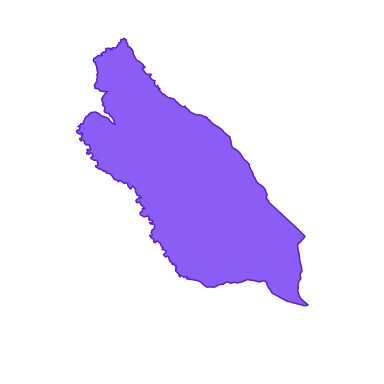 outline of Campo Alegre de Goiás, Goiás, Brazil, rotated 131°
{"feature_id": "56859067B15808478056218", "entity_name": "Campo Alegre de Goiás", "entity_type": "district", "adm_level": 2, "iso_a3": "BRA", "parent_name": "Brazil", "parent_adm1": "Goiás", "projection": "equal_earth", "projection_center": [-47.758, -17.534], "detail": "fine", "context": "isolated", "style": "filled", "palette": "violet", "viewbox_px": 384, "rotation_deg": 131, "n_neighbors": 0, "source": "geoboundaries", "source_scale": "gbopen_adm2", "svg_char_len": 6072}
<svg xmlns="http://www.w3.org/2000/svg" viewBox="0 0 384 384"><g transform="rotate(131 192 192)"><path d="M260.9,139.3L259.8,136.9L257.6,133.9L255.3,129.7L254.2,126.6L254.5,123.7L254.3,119.7L253.7,117.9L252.2,116.6L251.1,115.3L250.2,113.9L248.8,112.5L246.6,111.5L244.1,110.8L242.3,109.0L240.9,107.7L240.0,107.7L238.4,107.5L237.3,106.7L236.4,105.7L235.4,102.9L234.1,102.0L232.9,101.5L232.1,100.1L231.5,99.4L230.9,98.1L226.6,95.0L224.6,94.3L223.2,93.4L221.8,92.8L220.9,91.5L220.3,90.3L217.9,86.8L216.7,84.0L215.1,81.5L213.2,81.1L211.4,78.4L211.3,76.3L212.7,74.7L213.7,72.3L214.2,71.0L214.7,68.1L215.3,66.6L215.7,65.0L211.9,48.0L210.7,46.5L210.0,44.3L207.9,40.4L205.4,35.2L204.1,32.6L202.5,31.0L201.1,30.5L201.2,35.6L201.1,39.7L200.7,41.4L199.0,44.7L198.2,46.0L197.1,47.5L193.8,49.5L192.4,51.2L190.9,51.8L189.9,52.7L187.7,52.8L186.0,53.1L185.2,53.9L183.8,55.8L182.5,56.8L179.7,56.9L176.6,60.5L174.7,63.4L173.9,64.4L173.2,65.4L172.3,66.3L171.6,67.3L170.2,68.6L167.5,71.9L166.9,72.9L165.6,74.3L164.7,75.6L162.7,77.6L161.7,77.8L160.6,77.7L158.6,77.5L152.9,77.4L151.3,77.8L150.5,90.5L150.4,93.0L149.4,126.8L148.5,128.7L147.8,131.9L146.5,132.6L145.7,133.3L144.5,133.8L143.7,136.1L142.5,137.7L141.9,139.4L141.4,141.3L141.6,144.4L142.0,146.4L142.0,147.9L141.8,149.9L141.0,152.0L140.0,153.8L139.9,155.3L139.5,156.4L138.7,157.2L137.5,159.2L136.8,161.1L136.5,162.8L135.8,163.7L135.3,164.9L134.6,166.2L133.5,166.6L133.1,170.8L133.1,172.6L133.4,173.8L132.2,178.1L131.3,181.0L130.9,182.3L131.1,183.5L131.0,186.5L131.7,188.9L131.9,191.0L129.6,194.4L128.7,195.3L127.9,196.1L127.2,197.9L126.1,198.7L125.5,199.9L125.7,201.3L126.0,203.3L125.9,206.0L126.0,207.4L125.6,208.6L125.3,210.5L125.5,211.8L125.6,214.8L126.1,216.4L126.4,218.5L126.9,219.7L126.5,221.6L126.8,222.9L126.7,224.2L126.2,225.9L126.7,227.0L126.2,228.6L126.1,230.0L126.6,231.9L127.4,232.8L127.9,235.4L128.8,237.0L130.9,239.3L131.5,241.1L132.1,242.9L132.3,244.6L132.9,246.0L132.5,247.4L132.3,248.7L132.2,250.1L132.5,252.1L131.8,253.4L132.9,254.0L133.9,255.2L134.4,259.7L133.8,261.7L134.2,263.5L133.6,266.4L134.4,268.1L135.0,269.8L136.4,271.8L136.6,273.9L136.6,275.5L136.6,277.6L137.6,278.9L136.9,280.6L136.7,282.6L136.4,284.7L135.3,283.9L135.1,286.5L134.2,287.7L135.5,287.8L135.8,289.6L135.4,290.8L134.4,291.7L133.4,292.3L132.3,293.2L133.4,294.8L133.3,296.3L133.2,298.4L132.1,299.7L130.1,299.9L130.6,301.1L131.9,302.2L132.8,303.2L132.9,304.7L132.5,306.3L131.9,308.1L131.9,310.0L130.9,310.3L129.6,309.4L128.4,309.6L129.0,310.9L128.0,312.3L128.0,314.9L128.0,317.8L128.8,319.1L128.7,321.2L127.9,322.8L127.3,325.1L126.1,327.0L124.7,328.5L123.6,331.5L123.5,333.7L123.9,336.2L122.8,337.1L122.2,338.2L122.0,339.8L120.4,341.2L120.2,342.5L120.7,344.2L122.1,344.1L123.5,345.7L124.3,345.0L125.4,344.5L126.4,344.2L127.2,345.0L128.2,344.5L129.9,344.5L131.9,343.9L133.4,344.0L134.2,345.3L135.2,346.5L136.7,347.0L136.9,345.7L138.0,346.7L137.5,348.2L138.3,349.3L139.7,350.7L140.9,351.0L141.6,349.7L142.5,349.3L143.6,349.7L144.8,350.9L146.5,351.0L147.7,351.1L147.9,349.7L149.4,350.4L150.1,351.9L151.2,352.5L152.4,352.7L153.8,352.8L155.4,353.5L156.6,353.4L158.1,351.9L157.8,350.0L159.0,348.1L159.8,346.2L160.7,345.5L161.6,344.3L162.5,343.3L163.7,341.4L164.7,340.8L165.8,340.9L166.6,339.8L167.5,338.6L169.1,338.0L170.4,336.7L171.3,336.4L172.4,336.2L173.4,336.2L174.7,335.8L176.0,335.3L176.4,334.0L177.3,333.5L176.9,332.3L175.7,330.9L175.7,329.6L176.1,327.8L174.8,325.4L173.1,323.5L171.9,321.9L173.8,322.1L175.5,322.1L178.8,321.5L180.8,321.4L183.2,318.0L183.1,316.8L185.0,316.7L185.0,313.3L186.0,312.7L188.2,311.6L188.9,310.7L188.8,309.5L187.9,307.3L187.3,306.3L188.2,303.8L188.1,301.8L188.7,299.2L189.3,297.9L191.5,294.8L192.1,296.1L192.3,299.0L192.2,300.2L191.7,302.0L191.5,303.5L192.1,306.0L192.7,307.0L194.0,310.9L193.9,312.3L194.2,314.9L194.6,316.5L195.1,317.5L198.3,320.3L199.6,320.3L200.9,320.8L202.6,320.6L204.5,321.3L206.3,321.1L207.3,320.8L208.7,320.3L210.9,319.8L211.8,319.3L213.1,319.6L213.6,320.7L214.5,320.3L216.3,320.7L217.3,320.8L216.4,318.8L218.1,318.4L219.7,317.7L220.4,319.1L221.8,319.1L222.6,317.8L222.3,315.5L221.3,314.1L220.1,314.6L219.6,313.6L220.1,312.2L221.7,312.7L222.5,311.2L224.1,310.9L225.3,311.8L226.0,311.1L226.1,309.1L225.2,309.3L224.2,308.5L224.4,306.5L225.8,304.9L225.8,302.5L224.8,301.7L223.7,300.4L225.2,298.5L226.2,296.4L227.5,296.8L228.0,298.5L229.0,299.0L229.8,297.1L231.4,297.2L232.1,296.3L231.1,294.5L230.2,294.6L229.1,294.8L228.7,292.4L229.3,290.8L230.7,290.2L231.6,290.6L232.8,290.7L232.7,288.3L232.0,286.1L230.8,285.2L230.6,283.6L231.9,282.7L232.9,280.9L234.2,280.7L235.4,281.9L236.2,280.9L235.6,278.7L235.7,277.2L234.5,275.8L234.4,274.1L234.0,271.6L232.8,270.8L233.8,269.1L233.4,268.0L232.5,267.3L232.1,265.9L232.2,263.3L233.5,258.8L232.3,256.2L232.5,254.4L230.5,254.0L230.2,252.0L229.9,248.8L228.2,247.7L227.7,246.0L228.6,245.4L229.4,244.2L229.9,242.0L229.9,240.4L229.0,240.1L227.6,240.9L226.7,240.9L226.6,239.3L226.8,236.8L228.7,235.0L229.7,232.8L230.4,231.1L229.1,228.9L229.2,226.8L230.3,226.7L231.0,228.5L232.1,228.1L233.0,228.5L234.1,228.8L235.3,228.6L236.3,226.9L235.1,225.5L234.2,225.4L234.2,223.9L234.6,222.7L235.3,221.6L235.0,220.2L235.3,216.8L237.2,218.5L238.0,217.6L239.2,216.8L240.5,217.6L241.9,217.5L243.1,216.0L242.1,211.9L241.1,210.9L240.1,210.2L239.2,210.0L239.2,208.8L239.8,207.0L241.2,206.6L240.7,204.7L239.5,202.8L241.1,201.9L242.2,202.7L242.8,203.6L243.3,202.5L242.1,200.6L241.3,199.8L241.4,198.4L244.3,196.7L245.5,196.8L246.9,197.2L249.5,196.2L250.1,194.1L251.3,194.0L252.4,195.4L253.2,193.9L253.3,191.4L252.6,190.2L253.6,189.0L254.8,188.1L254.2,186.4L252.7,186.4L251.6,185.9L251.5,183.2L251.7,181.8L253.2,179.3L253.1,177.3L255.0,176.7L254.2,175.7L253.6,173.9L253.5,172.6L254.7,172.2L256.6,172.3L258.1,172.2L258.2,170.8L258.4,169.2L256.7,168.6L256.2,166.8L257.4,165.9L259.0,162.6L258.4,161.2L259.4,159.9L259.2,158.8L258.0,158.6L258.6,157.2L258.3,155.5L259.1,154.8L260.0,154.7L260.1,153.4L261.4,153.5L262.5,151.9L262.3,148.4L263.6,146.9L263.8,145.5L262.4,146.1L261.8,144.3L261.6,142.0L260.0,141.4L259.2,139.6L260.9,139.3Z" fill="#8b5cf6" stroke="#5b21b6" stroke-width="1.5"/></g></svg>